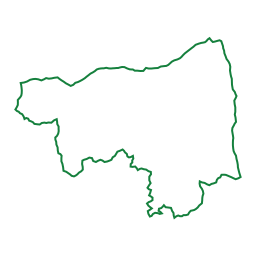 Brumadinho, Minas Gerais, Brazil (Robinson projection)
{"feature_id": "56859067B71494732621842", "entity_name": "Brumadinho", "entity_type": "district", "adm_level": 2, "iso_a3": "BRA", "parent_name": "Brazil", "parent_adm1": "Minas Gerais", "projection": "robinson", "projection_center": [-44.135, -20.186], "detail": "fine", "context": "isolated", "style": "outline", "palette": "green", "viewbox_px": 256, "rotation_deg": 0, "n_neighbors": 0, "source": "geoboundaries", "source_scale": "gbopen_adm2", "svg_char_len": 3910}
<svg xmlns="http://www.w3.org/2000/svg" viewBox="0 0 256 256"><path d="M209.5,38.2L207.8,39.4L206.4,41.1L205.0,42.2L203.2,42.6L201.3,42.9L198.9,43.6L195.6,44.8L193.4,46.8L191.9,47.9L189.7,49.6L187.1,51.6L184.8,53.4L182.9,55.3L181.5,56.9L180.0,58.2L177.5,59.4L174.2,60.4L171.8,61.7L170.3,63.1L168.3,64.9L166.3,65.9L164.2,66.1L160.8,66.5L157.9,68.0L154.4,68.2L151.7,68.5L148.5,68.5L146.0,67.9L144.7,69.3L143.4,70.9L140.4,71.0L137.6,70.7L134.8,70.7L132.9,69.5L129.9,69.4L127.3,68.5L124.4,67.1L122.0,67.0L119.8,67.5L118.2,68.0L116.5,68.0L114.8,68.2L112.8,68.3L110.9,68.5L108.9,68.4L106.2,67.8L103.9,68.3L101.1,68.4L98.7,68.8L96.7,69.5L95.0,71.0L93.0,72.3L90.5,73.6L88.4,75.3L86.7,76.6L84.8,78.2L82.3,79.8L80.1,81.0L77.8,82.1L75.3,82.8L73.3,84.8L70.7,85.9L68.4,84.6L65.9,83.3L63.6,81.6L61.6,80.4L59.6,79.0L57.6,77.4L54.2,77.8L51.6,78.4L48.8,78.7L46.1,78.1L44.0,79.3L41.4,80.4L38.2,79.3L35.5,78.9L33.0,79.1L30.1,79.8L27.1,81.5L24.1,82.5L20.7,83.0L21.2,85.2L21.5,87.3L21.8,90.3L21.7,93.3L21.3,95.5L20.2,97.3L19.0,98.6L17.8,100.0L17.9,102.3L17.8,105.0L16.7,107.3L15.4,109.5L17.1,111.1L18.7,111.7L20.0,113.2L22.2,114.2L23.7,116.6L24.5,119.0L26.2,118.0L28.2,118.7L29.2,120.7L31.0,121.3L32.9,122.2L34.4,123.9L37.6,124.3L39.7,124.5L41.8,123.0L44.4,122.6L46.3,123.0L48.4,122.5L51.4,122.7L54.1,120.3L56.7,119.2L57.1,121.7L57.3,124.2L58.6,126.5L58.6,129.0L58.7,131.1L58.2,133.6L57.0,135.9L55.3,137.5L55.4,139.7L56.2,141.8L56.4,144.6L57.6,147.4L57.8,150.6L58.4,153.3L60.4,154.1L61.6,155.7L61.4,158.2L61.4,161.3L62.4,163.8L63.1,167.2L63.5,170.8L66.3,171.8L68.3,173.2L70.1,174.4L71.6,175.8L74.0,176.4L75.8,175.5L77.3,174.4L79.0,172.6L81.2,171.3L82.8,169.6L82.7,166.9L82.1,164.0L82.4,160.6L84.2,159.7L86.7,159.0L89.3,157.6L92.0,158.1L93.2,161.0L95.9,162.0L98.2,160.7L100.4,159.8L102.4,160.5L104.5,162.0L107.2,161.5L109.6,160.6L111.4,159.8L112.7,157.3L114.9,155.9L116.0,154.1L117.4,151.7L120.1,150.7L122.6,149.5L124.0,150.8L125.0,152.4L126.8,153.9L127.4,156.4L128.9,157.4L130.7,157.1L132.9,155.9L133.3,158.6L132.2,160.5L132.3,162.5L130.7,164.1L130.6,166.6L132.5,166.9L135.2,166.5L136.8,168.3L137.8,170.1L139.8,168.9L141.6,168.5L143.7,169.2L146.2,169.6L148.5,171.2L150.8,171.9L151.0,174.2L149.3,176.7L149.3,180.3L150.6,183.1L149.2,185.1L147.5,187.8L148.8,189.2L151.0,190.0L150.1,193.1L149.1,195.4L150.7,196.3L152.5,197.6L152.5,200.1L150.8,201.3L148.7,202.1L147.0,203.5L148.4,205.7L149.8,206.9L151.8,208.4L149.9,209.8L147.8,211.1L148.4,213.8L149.9,216.5L151.6,215.9L152.9,214.0L155.1,212.8L158.1,213.2L159.7,213.9L161.8,213.4L160.4,211.9L158.6,210.8L159.0,208.7L161.2,208.1L162.7,206.7L163.9,205.2L165.6,207.2L168.1,207.5L171.0,207.9L172.1,210.9L173.5,213.0L173.7,215.5L174.4,217.8L176.3,216.3L178.2,215.5L180.0,216.2L182.0,216.2L183.5,215.1L186.1,215.1L188.1,214.5L189.1,212.6L190.7,210.8L192.6,210.4L194.2,210.0L195.9,209.0L197.7,207.5L199.2,205.5L201.9,203.3L202.2,200.5L202.3,198.0L202.6,196.0L203.4,193.7L202.9,191.0L201.9,188.8L200.1,186.3L199.6,183.6L199.8,181.4L201.9,182.4L204.6,182.9L207.2,184.4L209.4,185.2L211.5,183.9L213.6,183.4L216.2,182.4L216.9,179.8L218.3,178.1L220.2,177.4L221.5,174.8L224.0,174.7L225.9,174.9L227.6,175.6L229.7,176.5L231.4,177.2L233.4,178.2L235.6,179.2L238.3,178.3L240.6,177.0L239.3,172.9L238.5,169.7L237.9,167.2L237.8,164.9L237.3,162.0L236.5,158.9L236.0,155.7L234.6,153.3L233.6,151.0L233.2,148.4L232.9,145.3L232.9,142.1L233.0,140.1L233.3,138.1L233.0,135.9L232.5,133.0L232.1,130.6L232.4,128.0L233.9,125.3L234.7,123.6L236.0,121.9L235.7,119.3L235.5,117.4L234.8,114.5L235.3,111.9L235.3,109.3L235.3,107.3L234.7,104.4L234.3,100.6L235.7,98.0L236.5,96.0L235.6,94.3L234.8,92.0L232.8,89.4L232.4,87.2L232.0,84.8L231.9,82.0L231.8,78.8L231.1,76.6L230.6,74.3L230.0,70.5L230.3,66.8L229.7,64.0L228.5,61.6L226.5,58.9L225.7,56.5L224.4,53.3L224.1,50.6L223.2,48.3L223.0,46.2L222.3,44.2L221.3,41.2L219.6,40.3L217.3,40.9L214.8,41.6L212.8,42.0L211.3,40.5L209.5,38.2Z" fill="none" stroke="#15803d" stroke-width="2"/></svg>